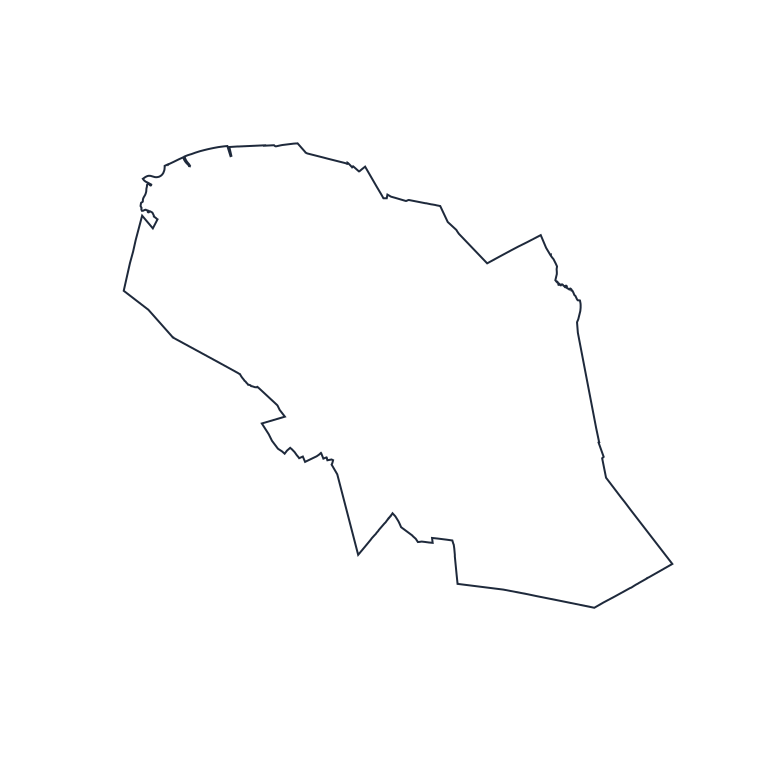 outline of Zundert, Noord-Brabant, Netherlands, rotated 250°
{"feature_id": "6326949B5198989789548", "entity_name": "Zundert", "entity_type": "district", "adm_level": 2, "iso_a3": "NLD", "parent_name": "Netherlands", "parent_adm1": "Noord-Brabant", "projection": "equal_earth", "projection_center": [4.663, 51.486], "detail": "fine", "context": "isolated", "style": "outline", "palette": "slate", "viewbox_px": 768, "rotation_deg": 250, "n_neighbors": 0, "source": "geoboundaries", "source_scale": "gbopen_adm2", "svg_char_len": 5746}
<svg xmlns="http://www.w3.org/2000/svg" viewBox="0 0 768 768"><g transform="rotate(250 384 384)"><path d="M560.6,171.3L534.3,188.0L500.6,201.3L500.0,201.8L499.8,201.6L458.7,237.9L443.6,251.1L443.8,250.8L442.4,252.1L441.9,252.1L440.3,252.4L438.7,252.8L435.8,253.8L434.8,254.0L433.7,254.7L432.1,255.2L430.6,255.9L429.7,256.1L429.5,256.7L429.2,257.1L428.8,257.7L428.6,257.9L428.4,258.0L428.2,258.2L427.6,258.3L427.3,258.6L427.0,259.3L425.1,261.7L424.3,263.6L424.3,263.8L424.5,263.4L424.7,263.9L424.7,264.0L424.0,264.4L423.7,264.6L423.3,264.8L420.8,266.1L400.7,276.4L400.1,276.6L395.3,277.1L387.2,279.7L388.7,255.7L376.2,258.5L369.0,259.3L359.8,262.1L359.3,262.3L355.6,265.1L352.5,266.8L354.6,270.1L356.1,274.0L355.7,274.2L354.4,275.0L350.6,276.7L346.9,277.7L345.1,278.4L343.3,278.9L343.6,282.9L337.8,283.2L338.0,285.1L339.1,296.0L339.8,298.7L340.8,301.2L340.5,301.3L334.6,301.5L334.7,304.9L334.6,305.0L334.3,305.0L332.0,304.7L331.7,304.7L331.0,308.9L329.8,310.1L327.8,308.7L327.0,308.1L326.2,307.2L315.1,309.2L232.3,301.3L240.1,314.7L242.3,318.4L243.2,319.7L245.2,323.5L245.9,325.0L246.7,326.1L248.0,328.5L248.6,329.2L252.9,336.9L253.3,337.9L253.6,338.4L254.5,339.7L255.7,341.7L255.8,341.6L256.4,342.5L256.2,342.6L257.6,345.0L257.7,344.9L258.5,346.2L258.4,346.2L259.6,347.8L255.8,349.4L250.6,350.5L249.2,350.7L247.0,350.9L243.6,351.1L231.8,358.9L231.4,358.9L227.7,360.9L223.9,361.8L223.4,363.7L223.2,364.9L223.0,365.6L221.1,369.4L221.0,369.5L220.1,371.3L219.9,371.6L218.1,375.4L222.9,376.5L220.4,381.6L216.3,389.6L213.6,394.7L210.1,394.5L209.3,394.6L205.5,393.8L199.1,392.1L197.8,391.6L180.3,387.1L171.6,384.9L171.5,385.0L171.0,384.8L150.0,425.8L137.3,447.1L132.5,454.8L120.0,475.4L101.8,505.1L103.6,515.4L105.4,528.2L108.1,545.5L108.1,546.0L108.1,546.8L108.9,550.3L109.4,552.8L109.5,554.0L109.8,555.2L111.4,564.7L111.6,564.7L111.7,565.0L111.7,566.4L116.3,593.4L181.3,572.7L190.5,569.9L192.6,569.2L196.5,567.9L220.0,560.6L239.6,563.6L240.4,565.5L255.6,565.6L255.6,566.3L256.1,566.3L270.1,568.3L365.9,583.7L376.0,586.5L378.4,588.7L385.4,593.4L388.3,594.8L391.0,595.8L392.4,596.2L395.4,596.7L395.6,596.3L395.9,596.0L396.2,595.0L396.3,594.8L396.9,594.5L397.8,594.3L401.3,594.0L402.3,593.4L402.6,593.3L405.4,593.2L406.5,593.0L407.0,593.0L407.3,592.8L407.6,592.2L407.8,592.0L408.0,592.0L408.2,592.3L408.4,592.4L408.6,592.5L409.5,592.1L409.8,591.9L410.0,591.7L410.0,591.3L409.5,590.4L410.6,589.7L411.1,589.1L411.6,588.8L412.0,588.8L412.8,589.1L413.3,589.2L413.7,589.1L414.1,588.8L414.2,588.3L414.2,587.8L414.1,587.6L413.7,587.5L413.2,587.6L412.9,587.5L413.1,587.2L414.5,586.7L415.0,586.3L415.2,586.2L416.0,586.0L416.6,585.6L416.7,585.4L416.8,585.1L416.7,584.9L416.3,584.1L416.2,583.9L416.3,583.8L416.4,583.7L417.0,583.8L417.6,583.3L418.3,582.9L418.2,582.6L417.6,582.4L417.4,582.2L417.5,581.9L418.0,581.9L418.6,582.1L419.6,582.1L420.0,581.6L420.5,581.4L420.9,581.8L421.4,581.4L421.5,581.2L421.6,580.9L422.0,580.8L422.7,580.6L422.9,580.5L428.2,584.0L430.1,584.7L432.9,585.5L435.3,586.8L438.1,586.6L443.2,586.0L443.6,585.9L445.5,585.2L447.3,584.7L448.6,585.1L448.6,584.4L456.5,582.9L470.3,582.2L468.3,567.0L467.2,557.2L466.1,549.1L464.2,536.1L462.1,522.2L499.6,505.7L502.3,505.0L504.0,504.7L514.4,499.3L532.0,497.7L532.2,497.2L532.5,496.9L533.8,494.7L534.8,493.2L536.4,490.4L536.5,490.1L539.5,485.3L539.6,484.9L548.4,470.3L548.5,469.9L548.5,469.4L548.4,467.5L548.6,467.0L555.1,458.2L557.6,454.7L560.8,452.0L557.6,450.1L557.8,449.5L558.7,447.0L558.9,446.9L559.3,446.9L563.0,446.3L572.0,444.6L594.7,440.6L593.5,437.0L592.3,433.7L592.3,433.4L592.4,433.1L592.8,432.9L597.8,430.2L599.1,429.4L598.9,429.1L598.6,428.5L598.5,428.2L599.0,428.1L599.6,427.7L600.6,427.3L602.2,426.6L602.5,426.4L603.2,426.1L604.0,425.7L604.4,425.4L603.9,425.2L603.4,424.8L603.4,424.7L603.9,424.5L604.0,424.2L605.0,422.9L615.1,408.0L617.4,404.7L627.0,390.6L627.4,390.3L628.3,389.4L628.7,389.4L639.7,385.1L639.8,384.5L640.3,383.0L640.8,381.2L643.3,370.4L643.6,368.7L644.2,364.1L644.4,363.5L644.8,363.0L645.4,362.6L646.0,362.3L648.8,353.2L649.1,353.5L657.1,328.0L657.2,327.9L659.6,319.7L650.6,318.6L650.6,317.7L661.2,318.2L662.0,315.1L662.8,311.5L663.3,309.2L664.0,305.0L664.5,301.6L664.9,298.6L665.3,294.9L665.7,290.7L665.9,285.8L665.9,281.4L666.0,280.5L666.1,277.6L666.0,274.5L665.6,274.4L663.6,274.3L661.9,274.5L660.8,274.7L659.2,275.2L657.1,276.0L655.5,276.3L655.3,275.7L655.2,275.7L655.4,275.3L656.1,275.3L656.7,275.1L659.3,273.9L661.0,273.3L663.2,272.9L665.7,272.8L665.3,267.9L664.7,262.4L664.2,257.0L663.9,256.2L664.3,256.2L664.0,252.5L662.4,251.9L660.7,251.1L659.9,250.6L658.5,249.4L657.8,248.8L657.3,248.1L656.8,247.4L656.4,246.6L656.1,245.8L655.9,245.1L655.8,244.3L655.7,243.5L655.8,242.7L655.9,241.9L656.1,241.1L656.4,240.3L656.7,239.6L657.2,238.9L659.5,235.7L660.0,234.4L660.2,233.9L660.3,232.6L660.2,231.3L660.1,230.6L659.3,227.6L657.9,228.0L657.0,228.4L655.6,229.3L654.2,230.7L651.0,233.5L650.5,233.2L650.3,232.7L650.8,232.1L651.6,231.9L652.9,230.4L652.6,230.1L652.3,229.6L652.0,229.3L651.4,229.1L650.4,228.6L648.9,227.6L646.2,226.4L644.5,225.2L643.7,224.5L643.2,224.0L641.4,221.8L640.8,221.3L640.1,220.7L637.9,219.7L637.6,219.1L637.5,218.2L637.4,217.8L636.7,217.3L634.5,216.1L632.3,216.4L631.9,216.1L631.5,215.8L631.0,215.7L630.2,215.7L629.5,215.8L629.2,217.1L629.4,218.4L629.4,218.8L629.3,219.6L629.1,219.9L628.8,220.0L628.6,220.2L628.4,220.4L627.9,221.4L627.6,221.6L627.3,221.6L626.9,221.1L626.4,220.9L626.1,221.0L625.8,221.5L625.8,221.8L625.9,222.0L626.4,222.4L626.6,222.6L626.6,222.8L626.5,223.0L626.0,223.5L624.5,224.8L624.1,225.0L621.2,225.3L620.7,225.3L620.3,225.1L620.1,225.0L619.0,225.8L617.7,226.6L616.8,227.0L616.2,227.5L609.3,220.0L624.9,214.3L604.2,199.9L594.2,193.5L584.6,186.7L576.2,181.3L560.6,171.3Z" fill="none" stroke="#1e293b" stroke-width="2"/></g></svg>